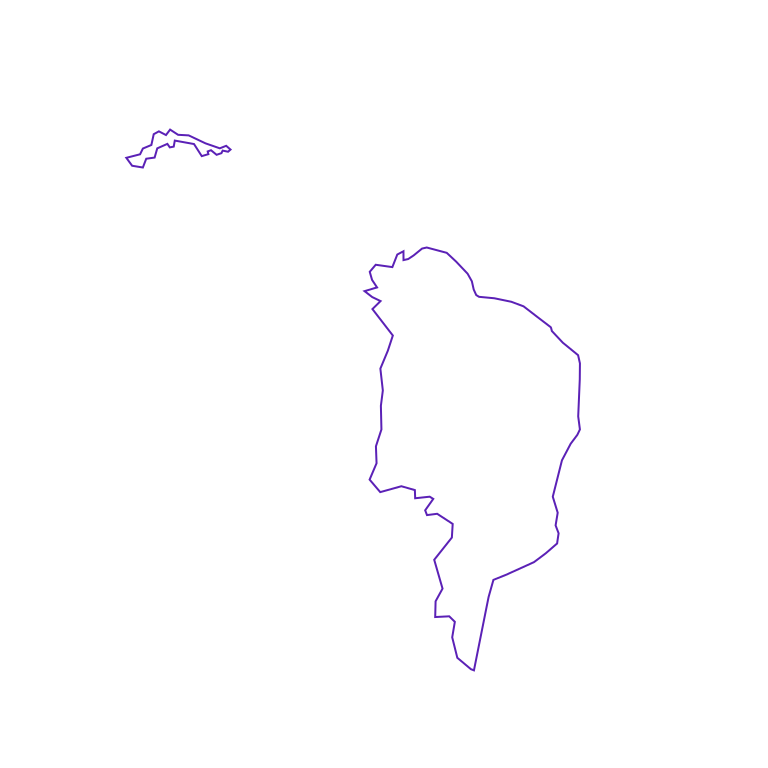 Uzun, Surkhandarya, Uzbekistan, rotated 346°
{"feature_id": "79887680B11166150999612", "entity_name": "Uzun", "entity_type": "district", "adm_level": 2, "iso_a3": "UZB", "parent_name": "Uzbekistan", "parent_adm1": "Surkhandarya", "projection": "natural_earth1", "projection_center": [68.025, 38.226], "detail": "fine", "context": "isolated", "style": "outline", "palette": "violet", "viewbox_px": 768, "rotation_deg": 346, "n_neighbors": 0, "source": "geoboundaries", "source_scale": "gbopen_adm2", "svg_char_len": 1548}
<svg xmlns="http://www.w3.org/2000/svg" viewBox="0 0 768 768"><g transform="rotate(346 384 384)"><path d="M390.9,308.5L404.3,339.1L395.8,352.6L384.2,368.2L381.3,390.0L375.7,404.4L370.5,427.5L361.1,442.5L357.6,459.1L346.9,473.3L354.2,488.0L376.1,487.4L388.3,494.4L386.6,502.4L401.1,504.4L404.0,507.4L393.4,516.5L394.0,521.6L404.2,522.8L416.8,536.4L412.7,549.4L390.2,566.7L391.3,596.7L381.5,607.3L377.3,622.5L391.1,625.2L395.2,631.9L388.9,646.3L388.9,667.4L399.3,681.7L402.0,683.6L429.3,625.8L434.0,615.9L442.8,600.5L457.4,598.5L459.3,598.1L486.5,593.1L500.0,587.4L513.4,580.6L514.6,577.6L517.3,571.1L516.3,562.7L521.4,550.9L520.5,534.2L538.2,501.1L550.7,487.1L559.3,480.1L563.1,475.5L564.6,462.4L575.1,426.8L579.1,411.4L579.3,403.0L567.5,387.2L559.7,373.2L559.7,370.2L559.5,369.2L548.8,355.8L538.2,342.4L527.4,335.0L511.8,327.5L497.3,322.4L495.0,320.0L493.9,314.0L494.1,305.6L491.8,297.2L483.6,282.7L476.6,271.9L458.5,261.9L453.7,261.8L443.9,266.4L437.7,268.6L432.9,268.5L435.0,259.9L428.2,261.6L420.4,272.6L404.8,266.3L397.3,271.7L397.6,280.1L400.6,288.6L387.6,289.2L393.6,296.8L400.7,302.7L390.9,308.5ZM226.7,84.4L221.0,85.9L216.1,95.8L207.0,97.2L202.9,102.1L188.7,102.2L192.4,111.3L202.4,115.6L207.8,107.9L216.2,108.8L221.0,100.5L231.9,98.6L233.4,102.6L237.4,102.8L239.9,97.2L257.7,105.2L262.3,118.8L269.2,118.5L269.2,115.7L272.7,115.3L277.0,121.1L282.1,120.7L283.9,118.5L288.9,120.9L291.8,119.4L288.5,114.7L281.7,115.6L269.0,107.3L254.6,95.5L244.5,92.4L238.0,85.4L232.7,89.7L226.7,84.4Z" fill="none" stroke="#5b21b6" stroke-width="2"/></g></svg>